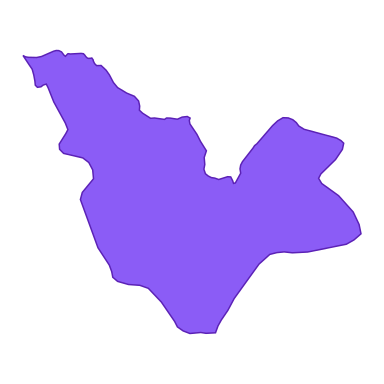 map outline of Fès - Boulemane (Natural Earth projection)
{"feature_id": "MAR-1446", "entity_name": "Fès - Boulemane", "entity_type": "Region", "adm_level": 1, "iso_a3": "MAR", "parent_name": "Morocco", "parent_adm1": "", "projection": "natural_earth1", "projection_center": [-4.364, 33.462], "detail": "fine", "context": "isolated", "style": "filled", "palette": "violet", "viewbox_px": 384, "rotation_deg": 0, "n_neighbors": 0, "source": "natural_earth", "source_scale": "10m", "svg_char_len": 1763}
<svg xmlns="http://www.w3.org/2000/svg" viewBox="0 0 384 384"><path d="M56.2,50.5L58.8,50.6L61.5,51.9L64.1,55.3L65.4,56.3L67.8,53.8L68.8,53.7L70.0,54.0L81.1,53.4L83.4,53.7L84.7,55.0L85.8,56.6L87.4,58.1L88.5,58.4L91.3,58.2L91.8,58.0L93.3,60.1L93.2,60.7L94.2,62.8L94.7,63.7L96.6,65.6L101.1,65.5L106.1,70.2L109.4,74.9L113.4,82.5L117.6,87.6L126.7,93.1L134.4,96.3L138.6,101.0L139.7,106.1L139.4,110.2L142.6,113.2L150.6,118.3L154.5,118.0L164.5,119.4L166.5,118.0L170.2,118.1L177.4,119.2L182.1,117.1L187.3,116.5L190.1,118.1L189.3,120.5L189.9,123.9L196.9,134.3L200.5,141.4L206.4,150.8L204.2,157.5L204.8,164.5L203.9,169.2L205.4,173.7L208.2,176.0L211.4,177.6L214.8,178.1L218.7,179.5L227.6,176.7L230.7,176.9L232.7,180.8L233.5,183.4L235.4,182.9L240.7,173.2L240.0,168.9L240.7,165.0L242.5,161.6L253.0,148.1L254.6,145.6L256.9,143.8L272.5,125.7L277.6,120.9L283.0,117.7L288.2,117.9L292.8,119.7L296.3,122.6L298.8,126.0L304.1,129.3L336.7,138.1L341.1,140.7L343.7,143.2L342.4,149.4L335.5,159.6L320.9,173.9L318.6,178.3L321.7,183.5L338.6,195.7L353.2,212.0L359.1,224.5L361.0,233.8L354.0,239.9L346.4,244.2L307.7,252.0L292.3,252.8L284.2,251.9L276.9,252.6L269.8,254.4L259.0,264.1L234.2,298.5L227.9,310.3L221.3,320.0L218.0,325.9L215.5,332.8L206.0,333.3L200.8,332.5L189.9,333.5L183.1,330.9L177.4,326.9L174.6,321.4L161.3,302.0L148.3,288.3L139.8,285.3L128.5,284.5L117.6,281.4L112.8,277.3L111.7,271.6L109.3,265.1L98.0,247.8L80.4,199.5L82.3,192.4L93.5,178.8L92.7,169.9L88.8,162.5L82.8,157.9L63.6,153.4L59.6,149.3L59.2,144.1L65.8,133.6L67.9,129.6L65.3,123.0L53.8,102.0L48.1,87.7L46.3,84.1L43.3,85.0L41.0,86.8L37.4,87.3L35.3,85.2L34.9,81.1L33.8,75.1L32.2,69.3L28.7,64.1L23.0,55.5L25.4,56.8L28.2,57.3L36.6,57.5L41.5,56.5L53.6,51.2L56.2,50.5Z" fill="#8b5cf6" stroke="#5b21b6" stroke-width="1.5"/></svg>